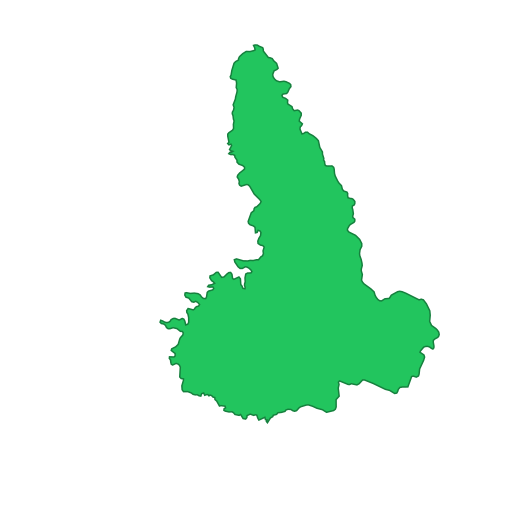 outline of Olhos-d'Água, Minas Gerais, Brazil, rotated 152°
{"feature_id": "56859067B66105634364184", "entity_name": "Olhos-d'Água", "entity_type": "district", "adm_level": 2, "iso_a3": "BRA", "parent_name": "Brazil", "parent_adm1": "Minas Gerais", "projection": "robinson", "projection_center": [-43.585, -17.548], "detail": "fine", "context": "isolated", "style": "filled", "palette": "green", "viewbox_px": 512, "rotation_deg": 152, "n_neighbors": 0, "source": "geoboundaries", "source_scale": "gbopen_adm2", "svg_char_len": 6121}
<svg xmlns="http://www.w3.org/2000/svg" viewBox="0 0 512 512"><g transform="rotate(152 256 256)"><path d="M159.3,443.1L159.4,440.6L160.0,438.4L161.6,438.4L165.3,439.3L168.6,441.2L172.7,440.9L176.9,439.8L178.6,438.6L179.5,437.3L182.8,437.2L184.9,436.5L190.2,431.2L193.1,427.4L194.5,426.5L194.9,424.8L193.8,423.2L191.0,420.7L192.0,417.7L194.4,414.0L194.5,411.7L195.9,409.6L199.3,406.0L200.5,404.3L205.2,400.2L205.6,397.5L207.3,395.4L209.3,394.1L210.2,392.7L210.4,390.7L211.7,387.4L211.9,385.6L214.2,382.8L215.9,379.2L217.6,378.1L222.0,377.6L223.7,376.9L224.7,375.0L226.5,369.1L228.2,368.6L227.7,366.8L225.6,366.5L225.7,364.9L229.4,362.4L228.9,360.9L227.3,359.3L229.0,359.2L230.4,359.8L232.0,359.1L230.7,357.4L228.7,356.4L227.6,354.8L228.2,353.1L227.8,349.5L228.7,347.8L228.0,345.1L225.4,342.3L224.4,339.9L225.4,338.1L231.4,337.0L234.2,335.9L235.5,334.6L235.3,331.8L235.8,329.5L237.0,328.0L237.2,326.3L236.3,324.6L230.9,323.6L229.5,322.6L228.8,320.5L228.5,311.5L226.2,304.1L225.9,301.7L227.7,300.4L232.2,299.1L234.0,299.4L235.4,298.7L236.6,297.0L239.9,296.4L246.7,290.2L247.2,288.4L246.6,286.4L244.2,283.8L243.4,281.8L245.6,276.7L243.9,276.3L242.1,277.7L240.8,276.4L240.6,274.5L242.4,271.9L245.1,270.3L247.4,268.3L248.3,266.1L247.0,263.6L245.1,262.0L244.6,260.0L247.4,257.2L248.3,254.7L250.1,253.1L252.0,253.0L255.6,251.5L257.2,252.4L260.6,253.3L263.3,254.9L265.4,255.4L269.4,257.6L274.6,262.6L276.9,262.9L277.5,260.6L276.9,254.9L275.9,252.5L273.8,251.4L270.5,251.5L269.3,250.6L268.1,248.9L267.1,246.3L266.9,244.2L268.4,243.4L271.4,244.9L273.5,244.9L276.0,241.8L277.7,238.2L279.2,236.7L280.0,235.3L280.2,233.6L281.1,232.3L282.8,233.6L282.5,236.0L282.8,238.0L280.5,243.1L280.9,245.5L286.5,245.8L287.2,247.2L285.8,251.2L286.1,253.4L287.8,254.1L289.9,253.8L294.2,252.5L296.4,253.3L297.1,259.4L298.7,260.2L302.5,259.4L305.9,260.0L307.0,258.4L306.8,255.1L305.8,253.2L305.3,251.3L308.4,251.4L311.5,252.4L313.0,251.6L311.6,250.3L308.6,248.9L308.5,247.2L310.1,246.4L314.4,247.3L316.1,246.8L318.9,243.1L320.4,242.0L322.3,243.1L323.3,245.3L323.6,247.9L324.9,250.0L327.9,252.2L331.6,253.8L334.7,256.3L336.0,256.6L337.2,254.9L337.2,252.5L335.1,250.4L334.2,245.8L332.6,244.4L330.5,244.3L329.2,242.3L328.6,239.6L330.3,238.7L332.0,239.2L333.7,239.0L335.3,238.0L336.7,237.9L340.6,241.5L342.9,240.3L343.6,238.5L343.4,236.6L344.4,233.2L346.6,229.0L348.3,227.8L350.4,228.1L349.4,232.0L349.4,234.2L350.5,235.5L353.9,235.5L356.8,239.0L358.4,239.7L360.8,239.7L362.5,238.7L364.0,238.5L365.9,239.0L367.7,240.5L368.8,242.3L370.3,244.0L371.8,242.6L371.3,240.8L369.5,239.4L368.5,237.3L368.6,234.8L367.7,233.0L366.1,232.2L362.8,231.6L359.8,228.9L358.1,224.9L356.5,224.0L356.3,222.3L357.7,220.6L361.0,219.4L362.3,218.5L366.2,214.5L369.6,213.5L374.0,213.6L375.2,212.4L373.2,207.9L374.3,205.7L375.8,205.3L379.7,207.6L380.6,206.3L380.3,204.3L381.2,202.0L381.6,200.2L380.8,198.9L377.0,198.7L375.6,197.3L374.9,195.6L375.0,193.4L380.1,185.0L379.6,182.9L377.7,181.6L378.5,180.2L382.4,176.2L384.0,172.6L383.7,170.3L379.8,168.2L377.4,165.4L376.5,163.4L374.8,161.9L373.0,161.1L372.0,159.4L370.5,158.2L368.6,160.0L366.5,159.6L366.7,157.1L365.0,156.9L363.6,156.3L363.2,154.6L361.8,154.8L360.7,153.5L360.2,151.6L358.8,150.4L359.6,148.5L358.8,146.4L358.7,140.7L357.1,140.3L353.8,137.9L354.2,136.2L355.9,136.1L356.8,134.8L356.0,133.5L353.2,131.1L350.2,129.6L349.3,127.8L349.0,126.0L345.7,123.2L344.0,123.3L343.7,118.5L341.7,116.9L340.0,117.6L338.8,119.3L335.3,119.1L332.9,116.4L331.1,116.1L330.0,115.1L330.5,112.3L330.5,109.8L323.9,109.4L324.5,107.0L323.2,106.0L324.5,105.1L324.2,103.4L319.3,106.2L316.6,106.3L315.5,107.3L312.2,106.5L310.3,107.3L307.0,106.0L303.4,105.2L301.7,106.0L299.6,105.6L297.2,104.1L296.2,102.2L294.8,100.8L292.8,100.4L289.0,101.8L287.3,101.9L281.6,100.8L279.7,100.0L276.6,96.8L273.7,93.0L269.5,89.1L267.1,84.9L260.0,83.1L257.8,83.5L256.1,85.1L252.7,91.6L248.4,93.2L245.4,100.8L243.0,103.6L242.5,105.9L240.9,106.5L234.9,99.3L233.7,98.6L231.8,98.5L227.4,94.8L224.9,94.8L220.1,96.5L218.4,95.6L212.4,88.5L204.4,77.6L201.1,74.6L198.1,69.5L196.1,68.9L194.5,69.9L193.0,71.4L190.7,72.4L188.2,71.6L183.4,69.1L175.2,76.5L173.6,76.2L171.3,73.8L168.9,73.8L167.5,75.1L164.5,79.5L157.1,85.1L154.6,87.6L154.2,89.8L156.4,94.1L155.2,95.0L150.7,96.8L149.0,96.6L147.1,95.8L145.5,94.3L144.5,92.1L143.5,90.8L142.1,91.4L141.2,92.9L139.9,96.8L139.0,98.3L136.8,98.8L133.8,98.8L132.4,99.4L131.1,100.7L130.4,103.0L130.7,105.6L131.3,107.6L133.6,112.2L133.4,116.7L130.0,121.9L128.3,126.0L128.0,133.7L128.8,138.7L130.4,140.3L132.6,140.7L141.2,152.8L143.8,155.9L145.7,157.4L147.7,158.0L154.9,157.9L158.2,156.0L162.3,157.7L166.2,157.4L167.8,158.4L168.8,160.3L169.3,163.1L169.3,165.5L168.6,168.9L170.0,173.0L173.7,180.6L174.2,182.8L174.2,185.1L170.8,189.7L170.0,193.5L169.1,195.1L166.7,197.7L165.8,199.9L164.8,203.5L164.2,207.6L163.4,209.6L161.2,212.7L158.0,215.0L156.8,217.3L156.7,222.0L158.4,227.5L162.7,233.5L163.2,235.8L162.3,237.2L159.4,239.0L158.0,239.5L153.7,239.7L152.4,240.4L151.5,242.1L152.4,244.5L151.8,245.9L150.2,247.6L148.7,251.8L148.5,253.3L147.4,254.9L145.2,255.0L144.0,256.1L143.1,257.8L143.6,260.4L144.4,261.7L145.7,262.5L147.4,264.2L146.7,266.5L145.7,268.1L145.7,269.7L148.1,272.3L148.4,274.5L147.5,278.0L148.5,281.5L148.7,283.8L148.5,289.6L147.9,292.1L146.2,296.0L145.8,297.8L146.6,299.8L151.3,302.2L152.3,303.5L151.9,305.4L151.1,307.2L151.3,308.9L150.3,310.4L149.5,314.7L148.5,316.7L148.7,321.9L146.8,328.5L147.5,331.4L148.4,333.6L149.3,335.6L151.7,339.1L152.4,341.1L154.3,342.1L156.2,341.8L158.1,342.2L157.6,347.5L156.3,349.2L154.6,349.7L153.0,350.9L154.5,354.8L153.2,356.5L150.0,359.0L149.0,360.9L149.8,364.1L150.7,365.3L154.1,366.4L154.6,368.7L154.1,371.0L156.5,375.2L156.1,376.8L154.8,378.7L155.9,381.3L157.9,383.6L157.7,385.7L156.1,386.3L152.7,385.1L151.1,385.7L148.0,388.1L145.7,389.1L144.9,391.0L145.4,392.7L147.7,395.8L149.3,397.2L153.4,398.7L155.7,401.2L156.4,403.0L156.7,404.7L156.7,406.7L155.8,408.7L153.1,411.0L150.0,410.9L148.3,411.4L147.4,416.4L148.7,420.0L149.0,422.7L150.6,424.5L151.9,425.4L153.3,433.5L152.5,435.2L152.3,436.8L154.7,439.7L155.8,441.6L157.8,442.8L159.3,443.1Z" fill="#22c55e" stroke="#15803d" stroke-width="1.5"/></g></svg>